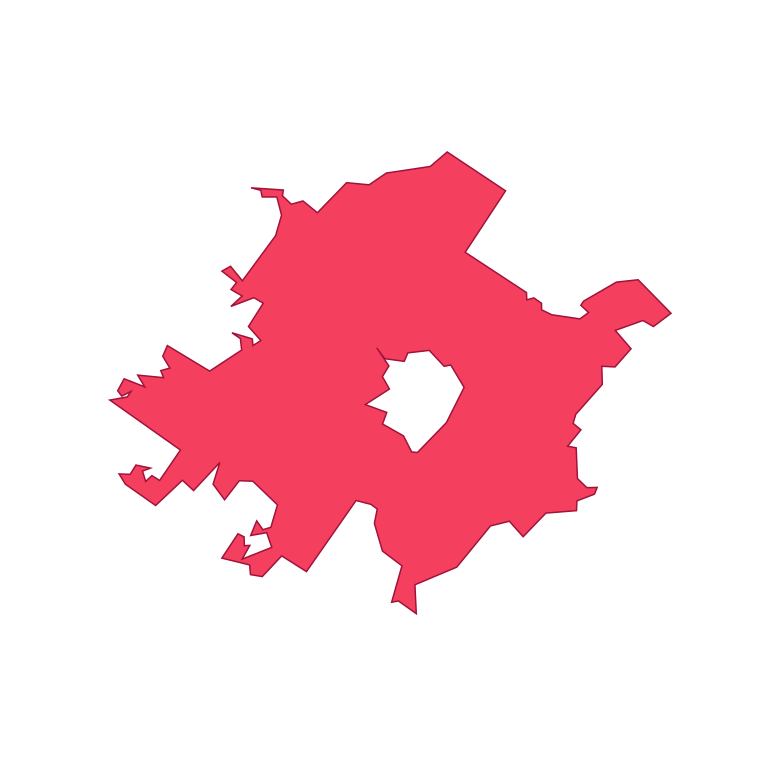 the district of Iecavas pag., Iecavas, Latvia, rotated 312°
{"feature_id": "27541924B36715332650417", "entity_name": "Iecavas pag.", "entity_type": "district", "adm_level": 2, "iso_a3": "LVA", "parent_name": "Latvia", "parent_adm1": "Iecavas", "projection": "orthographic", "projection_center": [24.179, 56.61], "detail": "medium", "context": "isolated", "style": "filled", "palette": "rose", "viewbox_px": 768, "rotation_deg": 312, "n_neighbors": 0, "source": "geoboundaries", "source_scale": "gbopen_adm2", "svg_char_len": 1972}
<svg xmlns="http://www.w3.org/2000/svg" viewBox="0 0 768 768"><g transform="rotate(312 384 384)"><path d="M628.6,550.0L631.5,503.1L615.2,488.5L579.2,476.9L574.2,477.6L574.0,488.2L563.4,486.0L547.7,462.3L544.6,451.4L549.4,447.1L548.3,437.8L542.1,433.8L547.3,428.7L536.2,356.2L608.9,345.1L598.7,275.7L576.6,272.8L542.4,244.6L522.0,239.6L508.6,221.5L466.7,219.9L465.8,201.3L455.6,194.8L455.9,182.7L460.8,179.4L440.8,153.9L445.5,162.8L441.5,168.4L451.3,179.2L440.9,194.9L421.7,204.2L365.9,209.7L368.8,191.2L359.4,188.0L360.8,206.5L351.8,207.1L354.5,219.7L339.2,218.3L361.1,229.6L363.2,240.2L336.0,244.8L333.9,263.4L324.9,260.9L329.4,256.0L320.3,236.7L321.6,246.9L314.0,255.5L276.9,245.8L267.6,197.3L256.6,201.0L252.5,214.2L244.6,209.1L241.2,215.9L225.8,195.0L221.8,208.1L214.0,187.4L200.8,190.6L199.5,197.2L209.1,200.9L202.7,201.9L188.6,191.0L198.7,276.9L162.2,281.8L160.6,272.8L152.1,272.1L157.7,262.8L165.2,266.7L157.8,253.9L147.0,255.8L139.9,247.3L136.5,258.9L140.9,295.6L177.6,298.6L177.4,313.8L215.8,314.5L195.2,324.0L191.3,343.0L215.3,341.2L224.0,351.6L222.9,385.7L201.8,395.8L194.7,391.5L197.1,381.0L182.2,386.3L195.0,396.3L187.5,409.9L159.0,395.8L174.3,392.3L170.4,388.4L176.8,382.3L175.0,375.7L146.1,380.0L159.6,405.2L153.0,412.3L159.4,422.4L187.8,423.0L192.7,451.9L278.7,441.2L285.8,454.8L286.6,462.6L274.0,470.1L258.8,494.7L260.9,519.0L226.9,535.7L232.4,539.9L234.9,561.7L255.5,541.3L296.6,560.6L349.8,558.1L365.9,569.0L363.6,589.6L396.4,590.7L418.7,611.8L426.2,605.6L443.0,614.1L449.8,611.6L442.7,604.1L443.2,591.0L465.2,569.5L460.6,562.1L481.7,561.0L481.3,550.9L489.8,546.8L529.8,546.5L542.9,534.0L551.3,544.3L575.5,544.0L578.6,520.0L604.4,533.9L607.0,545.8L628.6,550.0ZM358.5,433.3L353.3,409.7L364.7,405.1L356.2,383.9L383.9,391.4L388.4,377.9L400.7,375.6L406.0,354.4L403.3,367.6L414.4,383.9L423.1,380.9L439.3,395.2L437.4,416.9L442.8,420.9L435.1,445.8L397.1,456.2L355.5,454.7L352.0,450.0L358.5,433.3Z" fill="#f43f5e" stroke="#9f1239" stroke-width="1.5"/></g></svg>